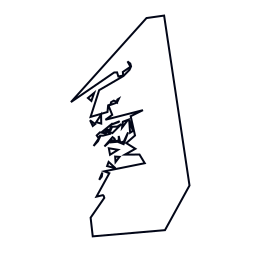 outline of Kikori District, Gulf, Papua New Guinea, rotated 82°
{"feature_id": "67681753B67388913989028", "entity_name": "Kikori District", "entity_type": "district", "adm_level": 2, "iso_a3": "PNG", "parent_name": "Papua New Guinea", "parent_adm1": "Gulf", "projection": "robinson", "projection_center": [144.53, -7.347], "detail": "medium", "context": "isolated", "style": "outline", "palette": "ink", "viewbox_px": 256, "rotation_deg": 82, "n_neighbors": 0, "source": "geoboundaries", "source_scale": "gbopen_adm2", "svg_char_len": 1727}
<svg xmlns="http://www.w3.org/2000/svg" viewBox="0 0 256 256"><g transform="rotate(82 128 128)"><path d="M193.5,75.1L21.7,76.6L21.7,94.4L94.4,180.9L71.1,134.0L71.4,131.1L75.6,130.4L75.4,125.5L71.8,125.3L67.7,117.0L62.0,119.2L64.5,116.8L67.4,116.4L70.6,118.4L75.9,125.3L86.5,151.3L111.8,163.5L109.3,146.1L102.8,144.5L102.1,141.7L100.2,141.3L98.9,138.3L99.9,136.4L101.0,135.3L100.0,135.2L98.4,134.6L97.7,133.0L101.3,135.4L103.1,144.2L112.8,141.8L116.7,149.2L112.4,110.7L116.7,123.7L136.4,122.1L142.7,131.8L149.6,123.6L153.9,134.7L155.9,120.3L165.2,116.3L167.6,157.5L170.2,152.8L191.6,168.8L191.0,162.2L191.9,161.5L193.9,161.2L211.6,177.5L230.4,178.0L234.3,105.6L193.5,75.1ZM166.1,146.0L158.9,151.9L162.8,154.0L166.1,146.0ZM143.4,134.6L132.3,128.5L140.8,134.0L141.4,138.1L143.4,134.6ZM131.6,123.6L119.9,125.7L133.0,126.6L131.6,123.6ZM130.9,144.2L123.2,134.0L125.1,138.4L124.6,143.6L127.7,145.5L127.6,149.4L130.9,144.2ZM119.9,153.9L111.1,152.8L117.8,158.7L119.9,153.9ZM152.0,149.5L148.2,140.9L145.4,149.8L152.0,149.5ZM132.1,153.8L131.3,146.8L128.7,148.1L130.1,151.3L128.4,156.4L131.0,160.0L133.8,158.6L131.7,156.7L132.1,153.8ZM92.7,163.5L96.1,160.5L88.5,156.6L92.7,163.5ZM136.6,142.9L134.9,144.6L143.0,153.9L137.8,145.9L138.7,142.4L136.6,142.9ZM140.3,137.8L134.6,138.3L139.0,138.8L139.8,148.0L140.3,137.8ZM136.9,159.6L132.4,156.7L141.0,164.6L136.9,159.6ZM119.5,159.9L115.1,164.5L121.1,162.6L119.5,159.9ZM154.5,144.7L160.0,145.1L155.4,140.4L154.5,144.7ZM127.4,146.0L122.3,144.4L127.9,153.7L129.3,151.2L126.6,149.3L127.4,146.0ZM122.2,143.7L120.9,136.8L120.1,135.3L122.2,143.7ZM126.8,133.8L119.9,126.9L121.1,132.2L126.8,133.8ZM172.4,160.7L168.5,159.6L175.3,163.7L172.4,160.7Z" fill="none" stroke="#020617" stroke-width="2"/></g></svg>